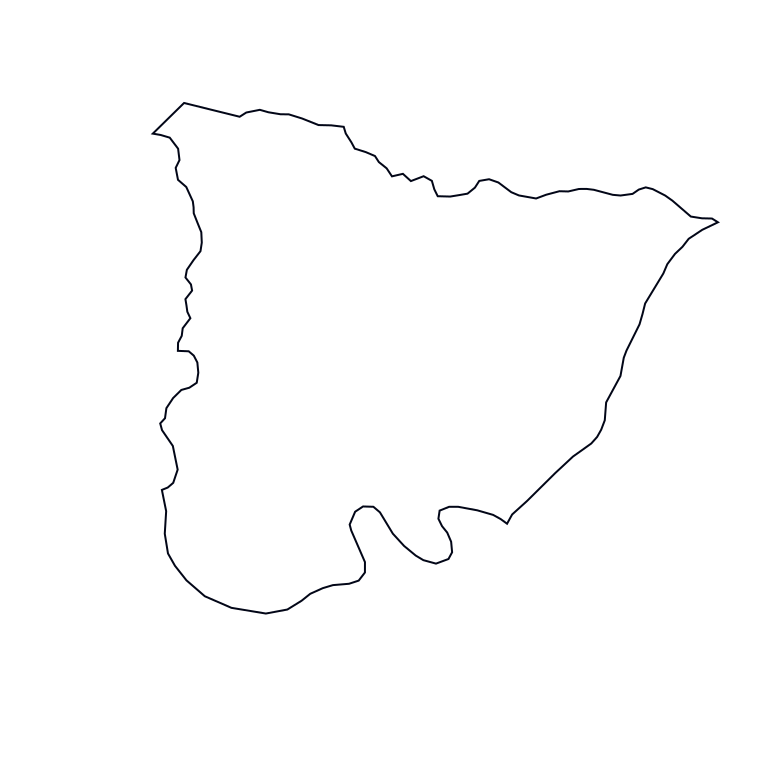 Primeiro de Maio, Paraná, Brazil (Natural Earth projection), rotated 104°
{"feature_id": "56859067B81342579532377", "entity_name": "Primeiro de Maio", "entity_type": "district", "adm_level": 2, "iso_a3": "BRA", "parent_name": "Brazil", "parent_adm1": "Paraná", "projection": "natural_earth1", "projection_center": [-51.083, -22.858], "detail": "fine", "context": "isolated", "style": "outline", "palette": "ink", "viewbox_px": 768, "rotation_deg": 104, "n_neighbors": 0, "source": "geoboundaries", "source_scale": "gbopen_adm2", "svg_char_len": 2096}
<svg xmlns="http://www.w3.org/2000/svg" viewBox="0 0 768 768"><g transform="rotate(104 384 384)"><path d="M146.3,99.1L144.1,105.8L146.3,115.6L147.3,126.8L136.3,148.6L133.1,156.8L129.9,170.4L129.9,177.6L133.7,183.8L139.4,188.8L143.9,200.1L145.1,207.8L144.8,227.4L145.7,234.6L147.6,242.0L152.6,251.8L154.5,260.4L161.1,272.4L167.2,281.3L168.4,298.7L167.1,306.9L160.8,321.8L159.9,331.6L163.9,340.7L171.5,343.3L179.1,349.0L182.5,356.7L186.1,365.1L188.8,377.3L182.9,382.3L175.3,386.7L172.8,395.8L180.6,407.0L175.5,416.5L180.6,426.5L174.1,433.6L169.9,442.7L165.0,447.9L163.4,457.7L162.7,469.3L157.4,474.1L150.2,481.7L144.2,485.3L145.8,497.8L148.6,510.2L146.2,527.7L145.4,541.6L147.3,549.7L148.3,561.9L148.0,570.8L153.9,583.3L159.6,588.7L159.7,646.0L197.0,668.9L196.4,661.0L196.8,651.5L205.5,640.7L216.2,636.6L224.7,638.4L235.7,633.3L240.7,623.5L253.0,613.7L258.6,611.5L264.4,609.9L272.8,603.9L280.9,598.0L290.9,595.0L299.5,594.2L309.9,598.8L320.9,602.9L328.7,602.4L334.1,595.4L339.8,592.8L349.7,597.2L355.5,594.7L361.5,592.3L367.0,587.8L378.6,592.8L386.2,591.9L393.8,593.8L401.7,592.0L399.5,581.4L402.5,575.4L408.3,570.3L418.0,566.9L428.1,566.0L434.7,572.0L438.8,579.2L448.6,585.2L460.1,589.3L470.2,588.2L476.4,591.6L482.5,588.2L495.2,573.9L517.0,563.5L530.9,564.6L536.8,568.8L540.5,573.9L560.1,564.6L582.3,560.5L600.7,552.6L611.0,542.8L622.3,528.2L633.3,506.5L638.1,477.9L635.3,443.1L626.2,423.2L614.2,411.5L605.4,404.8L596.9,394.0L591.5,384.9L586.3,369.6L580.9,361.0L571.5,356.9L561.4,359.4L534.0,380.4L528.7,383.3L514.9,381.1L507.9,374.7L505.7,364.6L509.5,356.9L527.1,339.2L536.3,325.3L542.8,311.7L545.4,303.2L545.7,290.1L538.2,279.1L530.8,277.2L520.8,280.7L512.9,286.7L507.9,293.3L501.6,298.6L493.4,299.4L487.4,291.1L485.2,282.2L484.0,262.9L484.6,246.5L486.8,238.2L489.8,230.8L479.6,228.1L462.9,216.9L429.0,196.3L408.7,183.1L391.6,168.5L383.8,164.4L375.8,162.2L365.8,161.0L348.1,164.0L319.0,156.5L300.5,157.7L292.9,156.8L264.3,150.5L253.6,150.1L242.7,150.1L209.2,139.7L199.2,138.1L187.3,133.1L178.7,127.6L169.4,123.5L157.4,112.5L146.3,99.1Z" fill="none" stroke="#020617" stroke-width="2"/></g></svg>